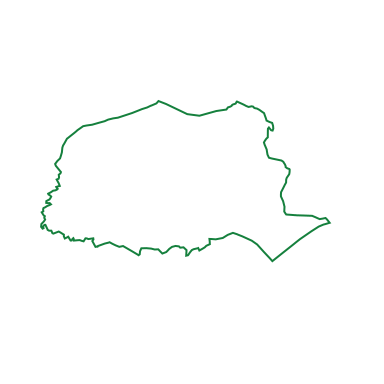 outline of Garwula, Grand Cape Mount, Liberia, rotated 299°
{"feature_id": "62588387B58887581868104", "entity_name": "Garwula", "entity_type": "district", "adm_level": 2, "iso_a3": "LBR", "parent_name": "Liberia", "parent_adm1": "Grand Cape Mount", "projection": "mercator", "projection_center": [-11.139, 6.773], "detail": "fine", "context": "isolated", "style": "outline", "palette": "green", "viewbox_px": 384, "rotation_deg": 299, "n_neighbors": 0, "source": "geoboundaries", "source_scale": "gbopen_adm2", "svg_char_len": 3750}
<svg xmlns="http://www.w3.org/2000/svg" viewBox="0 0 384 384"><g transform="rotate(299 192 192)"><path d="M170.5,295.8L181.4,300.3L195.1,306.0L198.8,307.5L203.1,309.3L215.6,315.5L223.2,319.6L227.3,322.8L228.4,324.0L231.8,327.3L233.4,323.5L233.5,323.1L234.0,321.4L232.0,319.1L230.2,316.8L230.0,314.8L229.8,312.3L229.4,308.6L225.5,300.9L222.3,294.7L221.8,293.5L221.7,293.4L220.3,290.3L218.4,286.2L218.0,285.3L218.3,284.6L219.6,282.2L221.6,281.2L223.0,280.5L223.9,280.1L228.2,276.1L229.2,274.7L231.2,272.0L231.3,271.9L232.9,271.0L235.0,270.0L238.6,269.9L241.3,269.8L241.5,269.8L242.7,269.7L245.9,269.7L248.4,268.4L249.7,268.1L250.5,268.0L252.5,268.2L254.7,268.4L255.6,268.1L256.9,267.6L258.9,266.6L259.3,266.0L258.9,263.8L259.2,261.8L260.2,261.2L261.1,260.0L261.2,259.9L261.8,258.7L262.7,257.2L262.9,255.0L260.0,245.6L259.3,242.8L259.3,242.7L261.3,239.9L264.3,237.5L265.3,236.8L267.9,233.5L268.1,233.2L268.5,232.7L270.2,230.9L272.3,230.9L274.8,231.2L276.5,231.8L283.0,228.3L284.3,227.7L284.7,227.8L285.0,227.9L285.7,228.0L284.4,231.2L284.6,232.2L284.8,232.7L286.8,232.4L289.2,230.8L291.3,228.6L290.9,226.3L290.7,224.5L290.7,223.4L290.6,222.6L292.0,221.2L294.8,218.0L295.9,216.8L296.1,214.6L296.5,211.2L296.5,208.6L296.2,207.5L296.0,207.0L295.7,205.8L296.3,204.1L296.2,203.7L295.8,202.5L294.7,201.3L293.8,200.2L293.5,197.6L293.5,196.0L293.5,195.8L293.5,195.6L293.4,193.7L292.9,187.4L292.7,187.3L292.4,187.3L290.5,187.3L289.4,186.4L288.7,185.6L287.5,184.9L286.7,184.9L286.4,184.8L285.2,184.1L283.4,182.4L281.5,182.2L280.8,182.1L274.6,174.0L262.3,161.5L257.8,150.1L256.4,126.7L255.3,118.6L253.5,118.2L252.2,117.9L247.7,114.4L247.6,114.2L244.2,111.8L240.3,108.1L237.6,105.9L232.0,101.3L221.0,91.1L220.8,90.8L218.2,87.4L214.7,83.6L212.3,81.8L211.7,81.4L207.3,76.9L202.4,72.0L199.0,67.5L196.8,64.9L194.1,63.6L190.4,61.8L189.4,61.5L186.8,60.5L182.0,58.5L179.3,57.4L178.0,56.8L174.6,56.8L172.2,56.8L170.2,56.7L168.0,57.1L163.5,59.0L160.0,59.8L157.4,60.3L153.8,59.2L150.2,58.7L150.0,58.9L148.9,60.2L145.9,67.7L144.5,67.9L142.5,67.1L140.4,68.6L138.9,68.9L137.3,67.6L136.8,68.4L136.4,69.0L135.1,71.1L133.2,73.4L132.1,72.2L130.6,70.8L130.1,71.5L129.6,73.0L128.8,72.8L127.3,71.8L125.8,69.9L123.2,68.6L120.8,67.0L120.3,67.6L120.1,70.0L119.7,71.1L117.6,71.1L116.3,70.9L115.0,70.0L113.4,69.0L111.8,69.8L112.5,71.5L113.3,72.9L112.8,74.6L111.7,73.9L109.5,72.1L107.3,70.9L106.0,69.9L104.8,70.1L103.0,71.3L101.4,70.4L100.6,71.8L99.6,73.7L99.5,75.0L97.8,75.3L96.7,76.9L94.4,76.7L92.8,76.3L91.0,75.8L88.4,76.9L87.5,79.1L88.4,79.7L89.6,78.5L91.7,78.9L92.2,79.7L91.4,80.8L89.3,83.7L88.9,84.1L88.9,85.8L90.0,87.7L88.3,89.9L88.4,90.9L92.8,94.6L92.8,96.6L92.6,99.8L92.6,100.6L91.2,101.3L89.7,103.3L91.5,104.6L92.9,105.4L92.8,105.6L90.7,109.3L90.8,109.6L91.3,110.3L93.1,110.2L94.1,110.6L93.7,111.2L92.3,112.3L94.2,115.1L95.5,117.1L95.8,119.2L96.3,121.1L98.0,121.2L99.8,121.3L100.4,122.4L100.5,123.6L100.6,124.2L103.6,128.1L102.7,128.8L100.8,128.6L97.2,134.2L97.5,134.6L98.2,135.2L98.4,135.9L99.1,135.9L104.6,140.7L107.3,143.6L108.1,144.3L108.1,147.4L108.3,151.0L108.7,154.3L108.8,155.0L111.3,157.9L111.1,168.2L110.9,175.2L110.8,175.9L112.1,176.5L114.9,175.3L118.2,175.0L120.7,179.2L122.7,183.7L123.3,186.0L123.6,187.2L125.5,190.3L124.8,192.5L123.8,195.9L127.0,198.6L128.4,199.0L131.2,199.7L134.3,201.1L136.0,202.9L136.8,203.7L138.1,206.9L137.6,208.7L139.5,211.4L138.5,215.4L133.5,217.8L134.8,219.2L138.3,219.5L141.1,220.0L142.7,221.1L145.6,224.3L146.0,224.6L144.4,226.8L147.5,228.7L149.8,230.0L151.9,230.6L155.0,232.9L157.3,231.5L159.4,230.0L160.4,232.0L162.1,235.7L166.7,241.2L171.2,243.7L171.9,244.1L176.1,247.6L176.9,251.8L177.0,253.0L177.6,257.5L178.1,264.0L178.4,267.9L177.7,274.4L174.4,284.0L171.8,292.1L170.5,295.8Z" fill="none" stroke="#15803d" stroke-width="2"/></g></svg>